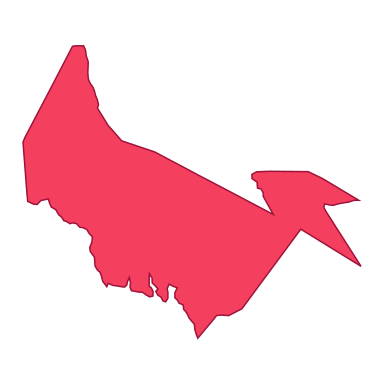 Matinha, Maranhão, Brazil (Natural Earth projection)
{"feature_id": "56859067B91136777616076", "entity_name": "Matinha", "entity_type": "district", "adm_level": 2, "iso_a3": "BRA", "parent_name": "Brazil", "parent_adm1": "Maranhão", "projection": "natural_earth1", "projection_center": [-45.01, -3.058], "detail": "fine", "context": "isolated", "style": "filled", "palette": "rose", "viewbox_px": 384, "rotation_deg": 0, "n_neighbors": 0, "source": "geoboundaries", "source_scale": "gbopen_adm2", "svg_char_len": 1843}
<svg xmlns="http://www.w3.org/2000/svg" viewBox="0 0 384 384"><path d="M256.6,171.8L251.9,174.4L252.0,178.6L257.1,182.2L257.5,188.1L261.2,189.1L263.2,193.0L263.2,196.3L273.3,214.5L227.0,190.1L201.2,176.6L169.3,159.7L154.8,152.0L134.1,145.0L121.6,140.8L113.7,131.7L108.1,125.4L97.4,108.0L98.5,104.9L97.4,99.9L95.4,95.0L94.5,91.1L93.0,87.3L90.3,83.5L88.6,79.9L88.1,76.6L87.8,72.0L88.1,67.0L88.2,61.8L86.2,55.7L85.5,50.0L83.6,45.8L76.1,45.8L72.5,46.3L48.4,92.7L25.1,137.1L23.0,142.1L27.0,194.2L27.7,201.4L33.5,204.1L37.1,204.5L40.9,200.5L45.3,199.6L48.4,199.1L49.5,203.0L51.3,207.1L55.7,209.6L58.8,214.9L61.6,217.1L63.7,220.6L66.5,221.5L69.9,223.7L72.7,222.9L76.6,223.7L79.7,227.2L83.3,227.8L87.0,229.7L88.9,233.2L92.4,236.9L91.9,242.0L89.7,247.6L90.3,251.5L94.4,257.1L94.8,262.5L95.1,266.2L97.6,270.3L100.0,272.2L101.5,276.3L102.7,281.3L104.9,284.2L106.8,286.7L108.3,283.3L112.6,285.3L116.6,285.9L121.4,286.7L124.5,287.1L126.8,285.1L127.4,281.7L129.4,277.4L130.5,283.1L130.0,287.1L131.4,290.7L135.3,291.4L138.9,292.1L142.7,292.3L145.9,294.8L149.6,296.9L153.0,296.0L153.0,291.1L151.4,288.1L149.1,285.8L149.2,281.9L149.2,278.3L149.4,273.8L152.1,278.2L152.2,282.9L155.3,285.9L158.0,288.9L155.8,291.4L157.9,295.2L160.9,297.0L162.9,300.9L165.7,301.8L167.9,298.1L167.9,292.3L167.2,288.7L169.1,284.1L172.9,286.2L177.2,287.8L174.9,292.7L174.9,297.8L177.5,300.2L179.0,303.1L183.1,304.9L183.7,309.4L185.9,311.9L187.6,314.6L188.9,317.7L191.4,320.9L194.3,324.1L194.8,329.3L196.0,333.5L197.8,338.2L213.8,319.1L216.6,315.5L220.9,315.1L228.6,315.6L241.9,308.8L251.1,296.4L265.1,277.4L300.8,229.2L361.0,266.3L331.4,219.9L325.9,211.3L323.8,207.3L324.7,203.9L329.8,205.0L333.3,205.3L338.6,203.8L342.5,203.0L348.7,202.1L354.1,200.3L358.8,200.3L321.9,178.2L308.0,171.6L303.3,171.6L269.6,171.3L256.6,171.8Z" fill="#f43f5e" stroke="#9f1239" stroke-width="1.5"/></svg>